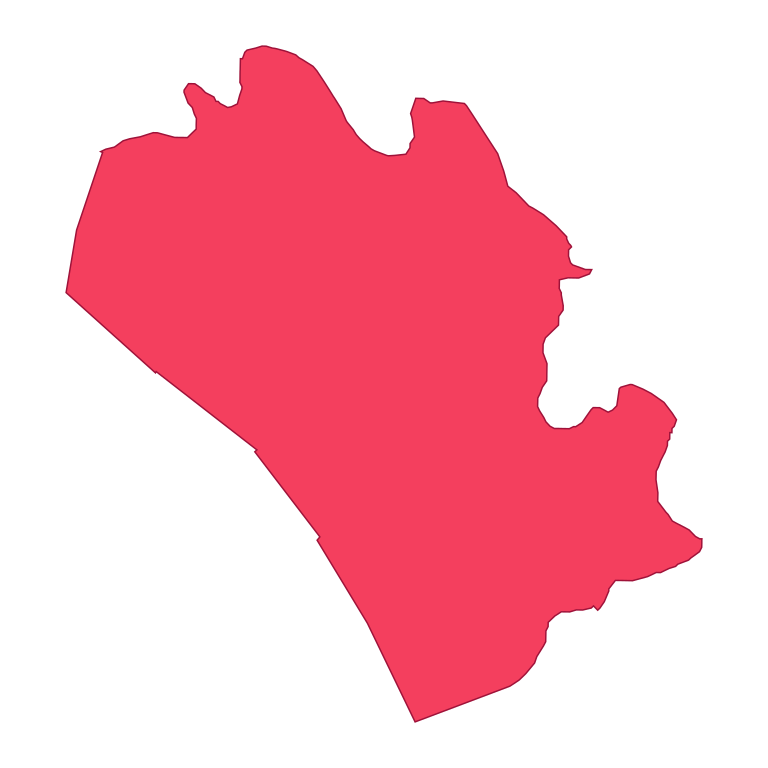 the district of Guhayna Al-Gharbiyya, Suhaj, Egypt
{"feature_id": "37247803B67659065091710", "entity_name": "Guhayna Al-Gharbiyya", "entity_type": "district", "adm_level": 2, "iso_a3": "EGY", "parent_name": "Egypt", "parent_adm1": "Suhaj", "projection": "mercator", "projection_center": [31.495, 26.688], "detail": "fine", "context": "isolated", "style": "filled", "palette": "rose", "viewbox_px": 768, "rotation_deg": 0, "n_neighbors": 0, "source": "geoboundaries", "source_scale": "gbopen_adm2", "svg_char_len": 3279}
<svg xmlns="http://www.w3.org/2000/svg" viewBox="0 0 768 768"><path d="M571.5,246.9L570.8,245.5L568.7,243.3L566.7,239.0L566.7,236.8L564.6,234.6L560.4,230.2L558.3,228.0L556.2,225.8L548.5,219.1L543.6,214.8L533.0,208.2L528.8,206.0L516.2,192.8L510.2,188.1L507.8,186.2L505.0,175.7L503.7,171.0L499.9,160.1L497.7,153.7L472.5,114.8L466.5,105.7L464.4,103.5L443.1,101.0L432.3,102.9L430.2,102.9L423.8,98.5L419.1,98.4L415.8,98.3L415.1,100.4L412.9,106.9L410.6,113.6L411.8,117.2L412.3,119.9L413.2,126.7L414.5,137.1L410.1,143.5L410.0,147.8L405.9,154.2L395.0,155.4L390.2,155.7L388.5,155.8L386.9,155.5L375.8,151.3L374.3,150.7L371.0,148.8L369.2,147.1L363.0,141.8L359.7,138.6L356.2,134.6L354.3,131.5L353.4,129.9L347.7,122.9L346.8,121.7L346.1,120.5L341.1,108.7L334.4,98.0L333.3,96.4L329.6,90.4L325.5,83.9L323.7,81.1L317.7,72.1L317.0,71.0L313.1,66.4L306.6,62.3L302.5,59.7L298.9,57.7L295.8,54.9L291.8,53.4L287.0,51.6L285.4,51.1L277.1,48.9L274.9,48.4L272.4,48.1L266.3,46.2L262.0,46.1L255.6,48.1L247.0,50.1L244.8,52.3L242.5,58.7L240.4,58.7L240.2,69.4L240.1,71.6L240.0,80.2L239.9,82.4L242.0,86.7L241.9,88.9L239.7,95.3L237.4,103.9L231.3,106.8L227.6,107.5L224.5,105.8L220.2,103.6L218.1,101.4L216.0,101.4L213.9,97.0L205.4,92.6L201.2,88.2L194.9,83.8L191.6,83.7L188.5,83.7L184.1,90.1L184.0,92.2L188.1,103.1L192.3,107.5L194.3,114.0L196.4,118.3L196.2,124.8L196.2,129.1L191.8,133.3L187.4,137.6L183.1,137.5L181.0,137.5L174.6,137.4L166.0,135.1L157.5,132.8L153.2,132.7L146.8,134.7L140.3,136.8L129.6,138.8L123.1,140.8L114.4,147.1L105.8,149.2L100.7,151.6L102.6,152.5L76.6,230.0L66.1,292.6L155.5,372.9L156.2,371.6L256.9,449.9L254.8,451.8L319.9,536.9L317.1,540.2L367.4,623.2L415.1,721.9L510.0,686.1L519.2,680.0L525.8,673.6L534.6,663.0L536.8,656.6L543.5,645.9L545.7,641.7L545.9,630.9L548.1,626.6L548.2,622.3L554.8,616.0L561.3,611.8L569.8,611.9L576.3,609.9L582.7,610.0L587.8,608.8L591.3,608.0L593.5,605.9L597.7,610.2L599.9,608.1L604.3,601.7L608.8,591.0L608.8,588.9L615.4,580.4L622.8,580.5L632.5,580.7L647.6,576.6L651.9,574.6L656.2,572.5L660.5,572.6L664.8,570.5L669.2,568.4L675.6,566.4L677.8,564.2L680.7,563.1L688.6,560.1L690.8,558.0L699.5,551.7L701.7,547.4L701.8,543.1L701.8,540.2L701.9,538.8L699.7,538.8L695.5,536.5L691.3,532.2L689.2,530.0L685.0,527.7L676.5,523.3L672.3,521.0L668.1,514.5L666.0,512.3L657.7,501.4L657.9,492.8L656.0,479.8L656.2,471.2L658.4,466.9L660.7,460.5L662.2,457.6L663.2,455.6L665.1,452.0L667.4,445.5L667.5,441.2L669.7,439.1L669.8,432.6L671.9,432.7L672.0,428.4L674.2,426.3L676.5,419.8L672.3,413.3L664.0,402.4L651.3,393.5L647.1,391.3L642.9,389.1L632.2,384.6L630.1,384.5L620.8,387.2L619.3,388.6L616.8,405.8L612.5,410.1L608.1,412.2L603.9,409.9L599.7,407.7L593.2,407.6L591.1,409.7L586.6,416.1L582.2,422.5L575.7,426.7L573.6,426.6L569.3,428.7L562.8,428.6L558.6,428.5L554.3,428.5L550.0,426.2L545.9,421.8L543.8,417.5L539.7,411.0L537.6,406.6L537.7,402.3L537.8,398.0L540.0,393.7L542.3,387.3L546.7,380.9L546.8,376.6L546.8,374.4L546.9,368.0L547.0,363.7L543.0,352.8L543.0,350.7L543.1,344.2L545.4,337.8L547.6,335.7L552.0,331.4L558.5,325.1L558.7,316.4L563.1,310.1L563.2,305.7L561.3,294.9L561.3,292.8L559.2,288.4L559.3,286.3L559.4,279.8L568.0,277.8L578.7,278.0L589.5,273.9L591.7,269.6L585.3,269.5L572.6,264.9L570.5,262.7L568.5,256.2L568.6,249.8L571.5,246.9Z" fill="#f43f5e" stroke="#9f1239" stroke-width="1.5"/></svg>